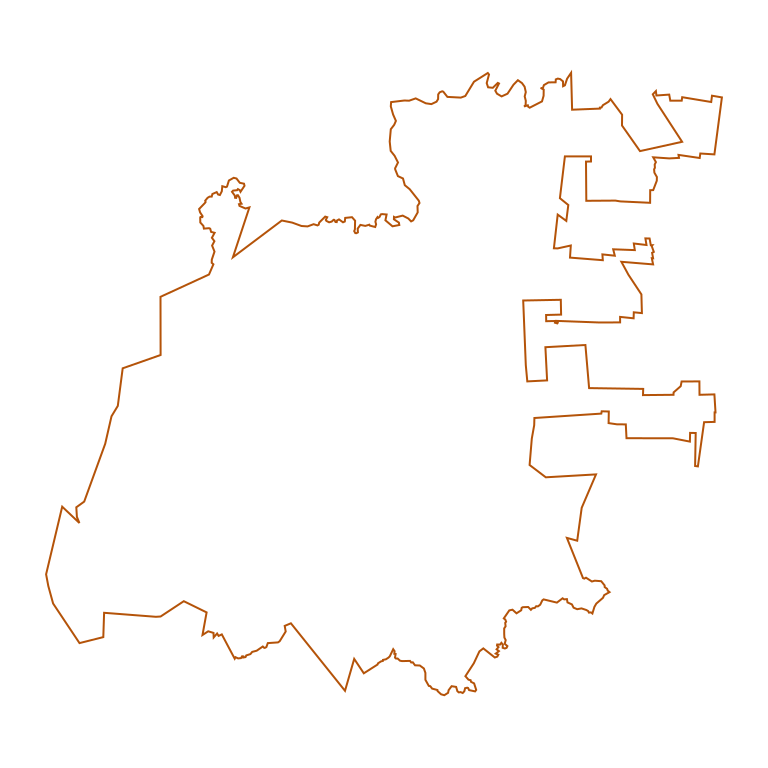 San Juan Mazatlán, Oaxaca, Mexico
{"feature_id": "50627088B70858037213369", "entity_name": "San Juan Mazatlán", "entity_type": "district", "adm_level": 2, "iso_a3": "MEX", "parent_name": "Mexico", "parent_adm1": "Oaxaca", "projection": "robinson", "projection_center": [-95.346, 17.147], "detail": "fine", "context": "isolated", "style": "outline", "palette": "amber", "viewbox_px": 768, "rotation_deg": 0, "n_neighbors": 0, "source": "geoboundaries", "source_scale": "gbopen_adm2", "svg_char_len": 6068}
<svg xmlns="http://www.w3.org/2000/svg" viewBox="0 0 768 768"><path d="M594.4,606.9L596.3,603.6L603.0,597.8L604.2,595.1L609.5,592.1L607.7,590.6L607.1,588.8L604.7,587.1L604.6,585.4L601.2,581.2L594.8,580.7L591.9,581.5L586.0,577.7L584.3,578.6L583.0,578.1L566.9,537.9L577.2,540.7L581.7,507.8L596.0,474.4L545.8,477.3L529.6,465.0L531.8,438.6L534.2,425.2L534.4,418.0L601.3,413.6L601.7,411.3L608.8,411.5L608.6,423.1L616.8,424.3L625.8,424.4L626.5,438.2L673.0,438.3L689.9,441.6L690.1,432.9L695.7,433.0L695.1,466.0L697.9,466.4L704.1,422.2L714.6,421.9L714.6,412.4L715.5,412.4L714.4,394.4L699.5,394.8L699.4,381.4L681.6,381.5L680.7,386.2L673.6,392.4L673.5,394.8L643.0,395.1L643.2,388.9L589.1,388.1L585.4,345.0L545.4,347.2L547.1,380.4L527.3,381.4L525.8,365.2L523.2,300.5L560.8,299.8L561.1,314.6L546.1,315.0L546.2,321.2L555.1,321.0L554.9,322.7L557.3,323.4L557.8,322.7L556.7,320.9L599.7,322.5L620.1,322.4L620.1,316.9L633.6,318.3L633.8,312.3L641.9,313.1L641.4,294.4L628.4,274.7L621.4,261.8L653.1,264.4L651.8,258.2L653.1,258.3L652.1,252.8L653.8,251.9L651.7,246.0L652.4,245.2L650.8,245.2L649.6,238.5L645.4,238.4L646.5,245.0L633.8,243.5L634.8,250.1L613.2,249.3L614.8,255.7L602.4,254.4L602.8,260.2L570.0,257.6L570.8,245.5L557.7,248.4L553.9,248.3L557.7,214.6L566.3,220.9L568.3,205.0L559.9,198.2L564.9,156.4L591.0,156.4L591.0,161.5L586.0,161.6L586.3,200.8L615.4,200.6L620.3,201.4L650.1,202.8L650.2,190.2L653.2,190.1L656.8,180.7L656.9,177.0L654.4,172.7L654.1,169.3L654.9,167.8L654.7,164.5L655.9,162.1L653.2,157.3L669.2,158.4L679.0,157.9L678.5,154.9L699.7,158.0L700.3,153.5L714.4,154.4L721.9,97.4L712.0,95.7L711.2,102.0L682.2,97.2L681.7,100.7L670.3,100.7L669.2,94.6L656.4,95.5L655.9,91.1L652.8,94.3L657.4,103.8L682.1,141.8L640.0,151.1L622.0,125.5L622.1,114.7L610.5,99.1L608.6,101.7L602.9,105.2L601.5,107.5L599.9,107.6L599.9,108.6L572.1,109.7L571.1,72.8L567.1,78.7L564.9,85.3L563.1,86.2L563.0,81.4L560.2,79.1L557.8,78.6L555.8,79.4L555.6,82.3L548.5,82.4L543.9,85.1L542.8,88.3L540.6,87.9L543.7,89.6L543.6,95.8L542.0,101.4L529.7,107.7L528.2,106.7L527.8,105.3L524.1,106.5L525.6,105.1L525.8,100.8L524.7,96.4L525.8,92.1L524.6,86.7L522.0,83.1L517.9,80.2L513.5,84.7L507.5,93.7L501.6,96.4L497.0,93.7L495.3,90.7L499.0,83.5L497.8,82.9L492.8,87.8L488.1,87.3L486.7,83.1L489.0,74.5L487.8,73.0L474.0,81.7L465.3,96.0L460.8,97.6L447.4,96.9L443.3,91.7L442.2,91.3L439.7,92.3L438.2,94.4L438.1,99.1L436.5,101.7L431.4,104.1L425.8,103.3L415.7,98.4L409.1,100.7L404.4,100.5L391.1,102.1L390.8,106.4L393.1,114.5L395.9,120.9L394.2,124.8L390.8,129.2L389.7,141.5L390.7,150.9L394.6,155.8L398.0,162.5L395.1,168.3L395.2,169.4L397.9,176.1L403.0,178.5L404.8,185.2L409.7,189.2L418.8,200.7L419.5,203.0L417.5,206.0L417.7,212.4L413.2,220.3L411.1,221.4L408.3,218.5L402.7,215.6L395.2,217.5L394.0,216.9L393.9,219.3L398.9,222.6L399.3,225.0L392.5,226.3L385.4,220.3L386.6,214.5L382.1,214.1L380.8,214.4L379.5,217.0L378.1,217.9L377.5,217.1L376.0,219.3L375.4,221.8L376.1,224.3L375.2,227.0L369.8,225.6L369.3,224.7L365.3,225.9L360.4,224.9L357.7,228.6L357.9,232.4L356.4,233.2L355.3,233.1L354.2,231.1L354.9,229.4L355.1,220.7L352.0,217.2L345.2,217.9L344.8,221.5L343.0,222.3L339.0,219.4L337.0,220.5L336.7,222.1L335.5,222.0L334.4,219.9L333.6,219.8L331.7,221.6L329.1,222.3L326.4,220.9L325.8,219.9L327.2,217.2L325.2,216.6L319.2,222.6L318.7,224.7L317.5,225.4L313.6,224.2L307.6,226.4L301.5,226.0L292.2,222.6L281.8,220.5L232.9,257.3L249.4,207.4L245.5,208.5L239.5,205.9L239.0,204.2L241.5,203.7L240.4,202.0L239.5,197.7L237.9,195.2L237.0,195.3L236.2,197.9L235.1,197.8L234.8,195.6L232.0,191.8L233.1,190.6L237.1,190.2L237.9,189.1L239.8,190.2L240.5,191.8L244.5,185.8L244.0,183.7L239.8,182.8L236.5,178.5L233.7,177.8L228.9,180.5L227.0,186.6L225.8,187.2L222.3,186.2L221.8,191.3L219.9,195.0L218.1,194.5L216.7,192.1L212.4,194.0L211.7,196.6L209.6,196.6L207.6,197.8L205.2,200.7L205.6,202.0L204.8,203.1L199.1,209.0L200.1,212.4L202.6,216.2L202.3,217.1L200.5,217.0L200.2,217.7L200.3,222.5L203.4,225.9L203.9,228.6L209.1,228.2L210.2,228.7L211.1,231.9L214.6,232.8L211.9,237.8L214.4,241.2L212.1,245.6L214.5,251.6L211.8,259.6L211.7,262.8L213.4,264.3L209.0,274.5L160.5,296.8L160.6,355.0L122.7,368.3L117.8,405.9L111.5,416.3L105.2,443.8L84.2,501.6L76.3,507.3L76.9,516.9L79.4,523.0L62.2,506.7L46.1,574.3L48.3,586.0L53.1,603.5L79.5,643.1L103.3,637.1L104.1,612.8L155.9,616.8L160.6,616.5L183.8,601.2L206.6,612.4L202.5,635.0L208.2,631.3L213.5,632.9L213.7,637.4L217.1,633.5L218.6,635.9L221.8,634.4L234.7,658.7L235.5,657.2L238.1,658.4L241.0,658.1L242.1,656.3L243.3,656.4L243.3,657.5L245.5,657.1L246.3,655.4L250.4,654.1L252.2,651.9L256.7,650.7L262.8,646.5L264.3,647.9L265.3,647.7L266.4,647.0L267.8,643.1L278.0,642.4L279.7,641.2L285.7,631.5L284.7,625.9L290.9,623.3L345.0,690.8L354.2,658.9L363.8,673.3L377.6,664.5L377.9,663.4L381.0,661.4L382.9,660.9L383.0,659.9L385.9,659.3L388.5,657.6L389.8,656.3L393.2,649.2L394.6,651.2L394.3,653.8L395.6,654.0L395.0,657.6L395.9,658.5L397.6,658.5L400.0,660.7L402.1,661.1L410.0,660.9L411.2,662.5L412.8,662.3L415.0,665.3L419.8,665.5L423.9,668.5L425.4,672.9L425.4,679.8L428.8,685.9L430.3,686.2L432.1,688.6L437.4,690.0L437.6,691.1L441.1,694.3L444.3,695.2L448.1,692.8L448.6,690.2L451.6,686.2L456.1,686.9L457.4,691.2L458.8,692.4L460.6,692.1L462.7,693.0L464.3,691.3L465.1,688.2L467.2,687.7L468.1,688.0L469.1,690.1L475.1,691.4L476.2,689.9L474.1,683.4L471.0,681.8L470.6,680.2L468.5,679.7L465.4,676.2L473.8,663.3L479.4,651.4L483.3,648.4L494.8,657.5L497.3,656.6L498.3,654.7L495.8,653.6L498.9,651.1L496.6,649.3L498.5,647.1L497.0,645.6L497.2,644.5L500.0,644.6L501.4,642.8L502.8,644.6L502.7,647.8L504.9,648.5L506.6,647.8L507.4,646.1L504.7,643.8L505.7,640.1L504.4,637.6L504.2,633.9L504.2,628.4L505.6,626.3L505.2,622.9L506.1,621.7L505.3,619.6L503.8,618.4L509.3,610.4L512.5,609.7L516.5,613.3L521.2,610.3L521.7,607.8L522.8,607.2L528.2,607.0L530.9,609.8L532.3,608.3L534.8,607.9L536.2,606.2L537.9,606.4L540.2,604.7L542.3,600.4L543.6,599.4L556.9,602.6L562.6,598.3L564.2,599.4L566.9,599.1L567.5,602.4L571.9,604.4L573.6,607.7L577.2,609.2L581.5,608.4L586.3,610.0L588.2,611.1L588.9,612.6L591.0,612.4L592.4,613.5L594.4,606.9Z" fill="none" stroke="#b45309" stroke-width="2"/></svg>